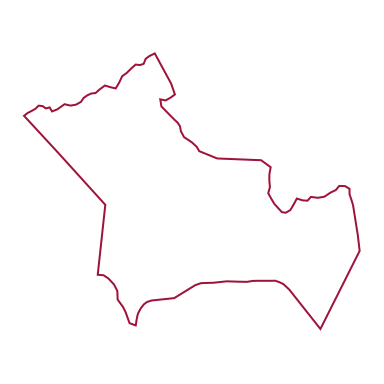 Jacaraú, Paraíba, Brazil (Natural Earth projection), rotated 179°
{"feature_id": "56859067B40843060287877", "entity_name": "Jacaraú", "entity_type": "district", "adm_level": 2, "iso_a3": "BRA", "parent_name": "Brazil", "parent_adm1": "Paraíba", "projection": "natural_earth1", "projection_center": [-35.265, -6.604], "detail": "fine", "context": "isolated", "style": "outline", "palette": "rose", "viewbox_px": 384, "rotation_deg": 179, "n_neighbors": 0, "source": "geoboundaries", "source_scale": "gbopen_adm2", "svg_char_len": 1468}
<svg xmlns="http://www.w3.org/2000/svg" viewBox="0 0 384 384"><g transform="rotate(179 192 192)"><path d="M96.5,92.8L66.0,52.8L51.2,81.0L25.4,130.2L27.0,146.1L31.2,176.0L32.8,181.6L34.5,186.9L34.5,192.4L38.8,195.2L44.7,195.5L48.2,191.4L53.5,189.0L59.7,185.0L66.2,184.0L73.2,185.0L76.7,181.3L81.4,181.7L87.3,183.6L90.7,177.5L94.0,172.2L98.7,169.6L102.5,170.3L105.4,173.6L109.8,178.6L113.1,184.3L115.8,189.5L114.0,195.5L114.5,202.8L114.3,208.3L112.9,215.4L122.4,222.6L129.9,223.0L166.3,225.1L184.0,232.7L186.5,237.1L191.2,241.6L199.0,247.0L202.0,252.9L202.9,258.0L205.1,261.5L208.3,264.6L212.9,269.4L218.0,274.8L221.1,278.1L222.1,285.2L216.8,284.0L211.8,286.7L207.4,289.8L211.0,300.8L226.8,331.2L232.2,328.7L236.0,326.0L238.1,321.0L241.9,319.8L246.1,320.4L250.6,316.6L255.3,312.1L259.8,309.0L262.9,302.6L266.5,296.9L272.1,298.3L277.2,300.0L282.5,296.2L286.8,292.6L291.2,292.2L295.3,290.3L298.8,287.9L301.4,284.1L306.3,281.4L311.9,280.5L317.9,282.0L325.2,277.0L330.5,275.0L332.9,279.1L336.6,278.1L339.9,280.5L343.9,281.0L347.1,277.9L351.0,275.8L354.9,273.9L358.6,271.1L325.1,233.5L278.9,180.7L287.7,110.9L281.9,110.3L277.2,107.1L271.6,100.9L268.4,94.4L268.2,85.7L262.9,78.1L260.5,73.0L256.7,61.9L250.6,59.6L249.2,67.4L248.1,71.5L245.3,76.5L242.2,80.4L238.9,82.8L234.4,84.2L211.7,86.2L190.4,98.8L184.6,100.7L171.9,100.9L158.8,102.1L146.9,101.5L138.7,101.2L132.3,102.1L110.2,101.8L105.9,100.2L102.2,98.3L96.5,92.8Z" fill="none" stroke="#9f1239" stroke-width="2"/></g></svg>